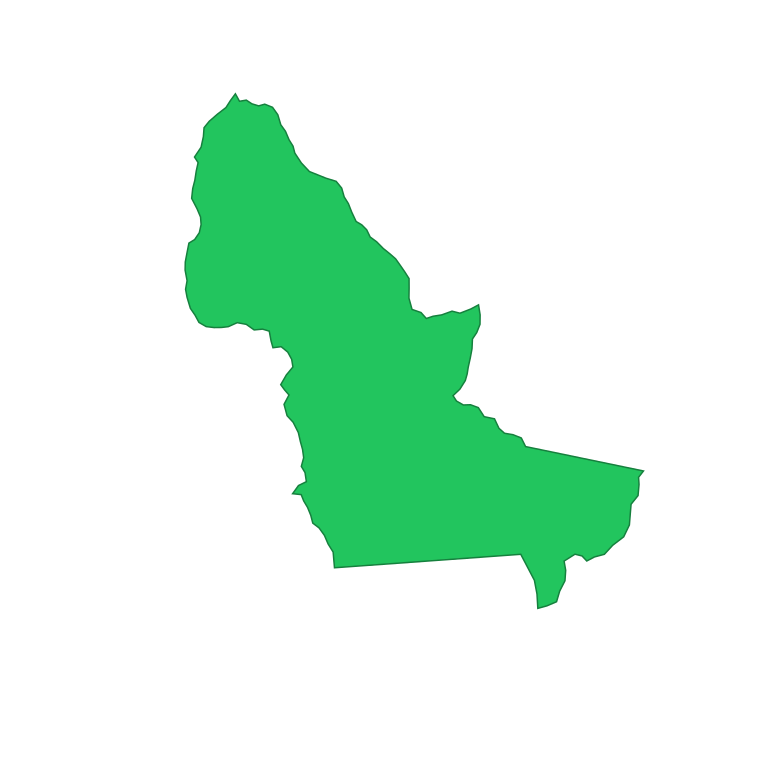 Santa Rosa de Lima, Santa Catarina, Brazil, rotated 30°
{"feature_id": "56859067B20346666539380", "entity_name": "Santa Rosa de Lima", "entity_type": "district", "adm_level": 2, "iso_a3": "BRA", "parent_name": "Brazil", "parent_adm1": "Santa Catarina", "projection": "albers", "projection_center": [-49.198, -28.013], "detail": "fine", "context": "isolated", "style": "filled", "palette": "green", "viewbox_px": 768, "rotation_deg": 30, "n_neighbors": 0, "source": "geoboundaries", "source_scale": "gbopen_adm2", "svg_char_len": 2090}
<svg xmlns="http://www.w3.org/2000/svg" viewBox="0 0 768 768"><g transform="rotate(30 384 384)"><path d="M110.2,207.0L109.3,215.2L108.9,223.6L104.9,233.4L101.3,243.8L100.0,252.0L103.9,260.1L107.2,270.4L106.4,282.2L112.3,285.2L114.9,293.4L118.3,302.1L120.6,310.3L124.6,319.4L134.6,325.8L141.6,331.1L145.9,337.4L148.4,345.3L147.8,353.6L144.6,359.5L147.6,368.3L150.9,377.7L154.8,384.8L161.8,393.0L164.8,401.2L170.1,407.4L178.5,415.3L186.0,418.9L193.0,423.2L201.3,423.2L208.6,420.1L215.0,416.3L220.5,412.2L226.2,404.3L234.9,401.2L244.5,402.1L251.4,397.2L258.2,395.6L264.6,403.1L269.7,408.1L276.3,403.1L284.7,404.5L291.7,408.8L296.6,414.8L294.9,424.9L294.9,436.2L300.8,438.8L307.2,441.0L307.6,451.6L315.9,459.9L324.5,462.6L334.1,468.9L340.4,475.7L346.1,481.3L351.3,488.0L353.6,496.7L359.9,500.2L365.6,507.4L360.7,514.7L359.7,524.7L367.6,521.2L372.9,525.4L379.5,529.1L386.2,534.3L391.9,540.1L399.7,541.1L408.1,544.9L415.6,550.5L424.0,555.0L433.0,567.9L587.6,463.1L612.4,478.8L621.5,489.4L629.4,501.4L636.0,494.7L642.3,486.3L639.7,475.5L639.1,463.9L634.5,454.5L628.5,447.3L634.5,435.9L641.5,433.9L648.1,435.9L652.7,428.6L660.0,421.3L662.7,409.3L668.0,396.5L667.0,383.4L662.4,373.7L658.1,364.6L659.8,353.6L655.1,343.5L651.1,337.5L652.2,329.6L537.9,367.4L529.9,362.1L521.0,363.4L513.0,366.4L505.7,364.9L497.1,358.9L487.1,362.2L477.5,357.3L469.3,358.7L463.2,362.5L455.3,362.5L449.6,359.6L452.3,350.5L452.7,340.4L451.0,333.7L448.6,327.5L445.7,318.3L442.6,309.5L438.1,300.8L438.6,293.1L437.3,284.3L432.7,276.1L426.3,268.2L421.7,275.6L414.4,284.7L406.5,286.9L399.4,295.3L392.6,300.8L387.9,306.1L380.3,303.6L371.0,305.4L362.7,297.2L357.8,288.4L353.0,280.2L345.5,276.3L338.5,273.0L331.5,269.8L324.5,268.4L315.6,267.0L306.5,264.5L298.5,263.6L291.9,259.1L285.3,257.3L278.6,257.2L270.0,251.2L263.0,245.6L256.0,241.9L249.4,235.5L241.2,232.4L230.8,234.8L222.9,235.9L213.2,237.3L201.9,233.9L191.3,228.6L186.3,223.5L179.7,220.0L172.3,214.4L165.0,211.1L157.4,203.9L149.1,200.1L140.8,201.3L136.4,205.8L129.5,207.4L122.8,207.0L117.5,211.4L110.2,207.0Z" fill="#22c55e" stroke="#15803d" stroke-width="1.5"/></g></svg>